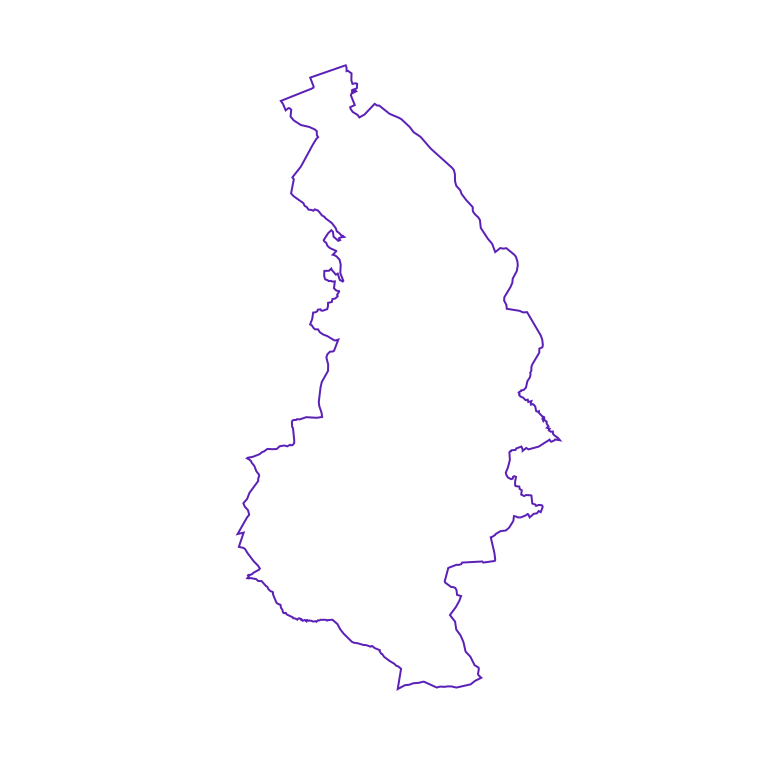 Balanesti, Gorj, Romania, rotated 119°
{"feature_id": "2599482B82822475618537", "entity_name": "Balanesti", "entity_type": "district", "adm_level": 2, "iso_a3": "ROU", "parent_name": "Romania", "parent_adm1": "Gorj", "projection": "natural_earth1", "projection_center": [23.427, 45.073], "detail": "fine", "context": "isolated", "style": "outline", "palette": "violet", "viewbox_px": 768, "rotation_deg": 119, "n_neighbors": 0, "source": "geoboundaries", "source_scale": "gbopen_adm2", "svg_char_len": 6166}
<svg xmlns="http://www.w3.org/2000/svg" viewBox="0 0 768 768"><g transform="rotate(119 384 384)"><path d="M620.1,409.4L619.6,408.0L618.5,406.9L616.6,401.1L617.3,398.5L615.7,395.5L617.9,389.4L617.9,387.9L619.6,385.3L620.2,382.7L619.8,380.7L620.1,380.1L622.0,378.9L627.5,371.9L627.7,370.1L627.3,367.5L629.7,365.6L630.7,363.5L632.8,361.5L633.0,360.6L631.8,358.9L632.7,357.4L632.3,350.6L632.9,349.8L632.2,348.3L632.1,345.5L630.7,345.3L629.8,344.2L630.1,343.1L629.7,342.4L630.5,341.9L630.1,341.0L630.5,340.3L628.8,338.9L629.1,337.9L628.4,337.5L629.0,336.6L627.6,336.3L627.6,335.1L627.0,334.5L626.3,332.6L626.2,331.0L624.5,328.6L624.7,327.9L622.8,327.2L622.0,325.8L621.1,325.3L618.7,321.1L618.2,319.6L618.5,319.1L617.0,317.7L615.2,314.7L616.5,308.4L619.8,303.3L621.9,298.3L625.0,287.3L624.9,285.0L623.5,281.3L622.3,275.8L621.0,272.9L620.2,268.3L619.5,268.1L618.9,267.3L619.5,264.1L618.8,258.6L619.8,258.3L621.3,255.5L621.1,254.6L622.6,251.5L623.5,244.9L623.7,239.2L624.5,236.9L624.1,234.7L624.8,231.0L644.2,224.1L637.3,219.7L634.7,216.0L631.7,213.5L628.1,208.2L625.5,205.6L625.0,204.5L623.9,190.7L621.5,188.3L619.6,184.4L617.4,181.4L615.7,178.1L614.4,173.5L604.7,162.6L599.4,160.4L593.8,156.5L592.9,160.1L592.1,161.2L587.5,162.8L586.2,163.8L586.0,168.4L580.6,176.3L578.5,182.9L571.1,189.5L566.8,195.1L563.7,201.8L557.4,206.6L554.1,214.3L544.1,213.0L537.2,213.0L532.1,213.8L533.0,217.9L529.2,220.6L527.8,222.8L528.0,224.7L529.0,226.9L528.0,234.3L527.2,235.2L513.7,238.6L507.0,233.0L506.1,231.1L504.1,229.1L502.3,229.1L491.6,212.0L492.0,210.5L485.1,201.4L484.0,201.4L478.4,205.4L466.3,216.3L465.3,215.3L462.1,213.6L461.1,213.6L456.3,210.8L452.9,206.3L448.8,204.9L441.0,204.5L436.6,206.3L435.8,204.0L435.8,202.2L434.2,199.5L430.0,196.2L428.1,195.4L428.0,194.8L430.0,191.9L425.0,190.1L422.9,187.5L420.1,187.1L420.1,184.8L414.6,185.6L414.0,186.2L413.5,187.1L414.7,190.0L416.9,191.9L416.1,193.1L416.6,196.4L410.2,200.9L410.1,201.5L412.3,206.0L414.0,207.0L414.2,210.4L410.2,211.9L410.0,214.4L408.1,216.0L409.4,219.1L409.2,220.1L406.1,221.9L401.2,223.5L401.5,225.5L402.7,226.1L404.3,225.5L405.6,226.7L405.7,230.2L404.4,232.7L402.5,234.5L397.1,235.1L389.4,237.1L383.0,241.2L381.3,240.9L381.1,240.3L380.1,240.3L377.9,237.0L376.3,237.1L372.1,233.5L374.1,230.9L375.2,230.3L371.0,228.6L371.1,225.9L363.7,218.3L352.4,212.2L353.5,210.4L353.3,209.6L350.8,207.7L349.6,207.5L347.9,202.8L346.9,205.4L346.3,210.2L345.7,211.9L343.7,213.3L344.9,215.0L344.6,217.5L342.8,217.4L343.3,220.2L341.3,219.6L339.8,222.6L338.1,223.4L337.6,226.6L339.1,226.7L337.6,228.6L336.8,228.7L336.4,227.2L335.4,227.8L335.5,230.0L334.4,233.7L334.1,234.5L332.7,235.4L333.8,236.1L333.9,237.8L330.3,240.9L329.5,243.1L329.4,244.0L330.8,245.4L329.6,246.4L327.5,246.8L329.8,249.1L328.0,250.7L329.5,252.3L328.5,255.7L328.8,258.5L328.1,260.5L326.9,260.6L326.4,262.0L325.2,261.8L323.8,260.6L323.0,260.9L321.6,259.0L318.3,258.1L311.8,260.0L307.6,259.6L304.5,260.5L303.4,261.5L301.0,261.6L297.2,263.5L294.5,263.8L281.3,263.4L277.8,265.3L275.1,263.3L273.0,263.9L268.6,267.0L265.5,270.5L251.8,293.7L253.9,297.0L254.3,301.0L258.7,313.1L255.6,315.2L252.8,319.4L249.8,320.8L237.9,320.4L233.4,320.8L229.4,322.5L220.9,322.6L215.4,324.5L212.2,326.7L208.7,330.4L207.8,332.6L205.9,342.8L207.9,345.5L208.7,348.2L214.7,350.7L209.0,357.3L206.6,363.6L200.6,375.0L194.2,379.5L192.6,382.2L191.6,386.2L190.3,389.3L189.1,390.6L186.3,392.1L183.1,401.7L180.2,408.2L177.6,411.2L175.6,416.9L172.3,420.1L166.0,423.8L163.0,426.6L161.9,429.3L155.5,457.1L150.1,471.9L149.4,480.3L146.8,485.9L144.0,497.0L143.9,499.5L145.0,510.1L142.8,523.3L143.8,525.0L143.5,528.0L157.8,531.7L162.8,534.8L161.5,537.4L161.2,543.3L159.5,546.7L158.3,547.8L154.2,544.8L147.6,552.9L145.7,553.2L141.5,550.2L141.3,550.8L143.9,553.6L142.3,554.4L139.1,551.5L138.2,551.2L134.5,553.0L134.7,554.6L136.8,557.1L134.2,559.8L128.1,563.0L127.6,567.5L128.5,568.4L125.4,570.2L123.8,572.0L151.8,597.1L158.1,589.6L159.0,589.4L160.8,590.5L186.4,611.5L188.1,608.0L192.3,602.7L189.0,601.3L188.6,600.2L189.1,598.1L195.4,595.4L197.2,590.7L197.8,582.3L195.4,573.9L194.9,567.8L195.5,565.3L199.0,563.3L200.0,561.3L202.3,562.0L209.1,562.3L234.2,562.1L247.7,564.3L248.7,562.1L262.3,557.7L263.6,554.1L264.9,542.2L266.7,539.7L266.7,537.4L268.1,534.5L267.0,532.1L266.7,529.8L264.8,529.2L264.3,525.7L266.6,520.0L266.7,517.0L267.4,515.6L268.5,507.6L271.1,501.8L273.4,499.2L273.5,497.2L274.7,493.2L274.4,491.8L274.7,490.2L276.6,492.8L278.0,493.9L278.6,493.9L279.4,492.2L280.9,493.3L279.6,499.5L275.7,502.4L275.0,504.6L279.4,506.0L287.4,506.5L288.3,505.2L288.5,503.0L290.5,500.6L291.1,498.4L291.3,496.7L290.8,490.4L291.0,490.1L295.8,491.5L295.3,489.4L295.5,487.1L296.8,483.2L300.6,479.7L308.2,476.0L313.5,469.6L314.4,469.8L314.4,473.1L309.9,478.0L311.7,479.1L309.6,484.8L308.6,486.1L311.6,487.0L314.0,491.0L318.7,488.6L321.0,486.1L320.5,483.6L320.9,482.4L319.5,480.3L319.5,478.9L318.1,476.7L324.5,474.2L325.4,471.0L324.6,468.4L325.0,468.0L328.8,468.3L329.5,467.1L330.4,467.2L333.0,468.2L334.7,470.3L337.6,469.4L340.1,472.3L343.4,470.6L346.1,470.0L349.8,473.3L350.2,474.7L349.5,475.8L351.1,477.9L352.7,477.6L354.6,478.8L355.9,480.6L361.9,478.3L367.7,477.5L367.7,475.6L369.2,472.7L369.6,470.8L368.2,468.2L369.9,465.0L370.2,461.1L369.6,457.0L369.9,448.6L369.2,447.2L367.3,445.5L379.1,443.8L380.2,444.3L381.9,446.9L385.4,447.9L388.7,447.3L394.0,442.3L399.7,439.3L412.4,439.4L417.9,437.8L431.4,432.3L434.7,429.9L439.2,424.9L442.8,422.1L446.2,426.5L450.7,435.9L455.8,440.5L456.9,443.0L458.2,443.5L458.9,445.1L460.4,446.4L462.2,446.0L466.1,443.5L466.7,442.2L477.1,435.0L479.4,433.9L481.9,434.4L482.8,435.9L482.7,436.6L485.5,438.5L485.9,440.7L486.7,442.2L489.1,445.1L492.8,446.3L495.0,449.7L497.3,454.5L501.2,456.3L502.6,457.6L505.7,458.8L511.5,463.6L514.4,467.3L515.4,467.8L515.4,465.0L515.9,462.9L517.1,461.4L518.4,457.9L522.2,453.3L523.8,449.5L524.9,448.6L527.6,448.2L529.9,447.0L544.4,448.9L550.9,448.0L556.4,449.2L558.7,446.4L560.3,441.8L563.7,438.5L567.3,439.1L586.2,439.3L582.0,434.7L596.8,432.0L595.5,427.4L595.7,425.6L598.2,421.1L602.2,412.0L604.0,406.0L605.6,403.1L607.0,403.3L612.4,406.7L614.7,407.4L616.9,410.1L617.2,410.1L616.9,408.9L620.1,409.4Z" fill="none" stroke="#5b21b6" stroke-width="2"/></g></svg>